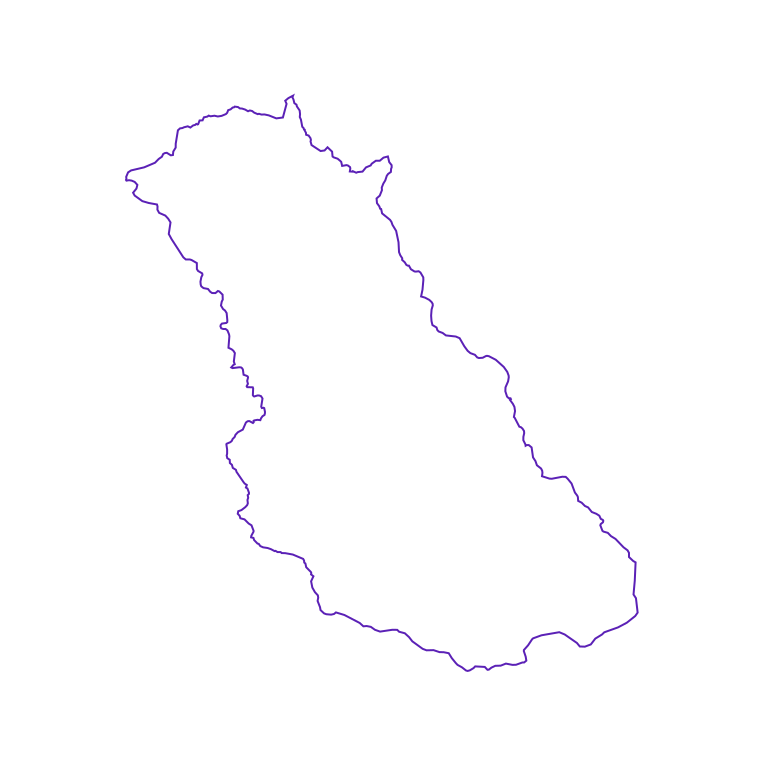 Timaná, Huila, Colombia, rotated 281°
{"feature_id": "7082276B8755035279913", "entity_name": "Timaná", "entity_type": "district", "adm_level": 2, "iso_a3": "COL", "parent_name": "Colombia", "parent_adm1": "Huila", "projection": "orthographic", "projection_center": [-75.889, 1.95], "detail": "fine", "context": "isolated", "style": "outline", "palette": "violet", "viewbox_px": 768, "rotation_deg": 281, "n_neighbors": 0, "source": "geoboundaries", "source_scale": "gbopen_adm2", "svg_char_len": 6158}
<svg xmlns="http://www.w3.org/2000/svg" viewBox="0 0 768 768"><g transform="rotate(281 384 384)"><path d="M256.9,665.0L257.8,662.4L260.9,657.5L265.0,656.7L267.2,654.8L269.4,650.3L276.1,640.8L278.0,635.8L280.6,632.1L281.0,627.6L281.6,626.4L286.6,623.3L287.9,623.5L290.0,625.3L291.5,625.4L292.3,624.8L293.0,622.5L295.8,620.5L297.1,617.2L298.0,612.4L301.8,607.9L302.6,604.5L305.2,600.7L306.3,596.9L310.0,595.9L311.3,595.0L313.9,592.1L322.1,587.1L326.1,582.3L327.5,580.1L327.0,576.8L323.0,566.8L322.7,564.5L323.6,556.7L327.0,556.5L329.1,555.8L331.0,554.3L333.4,549.6L337.2,547.4L340.4,544.3L349.9,541.0L351.7,537.7L351.3,535.8L350.4,534.8L351.6,534.4L355.4,531.5L358.7,530.9L362.5,531.0L364.6,530.4L366.6,528.5L367.7,526.7L367.9,525.0L375.7,518.8L376.4,517.8L382.4,517.8L386.4,516.4L389.1,514.3L392.4,510.7L393.3,511.5L394.1,510.9L393.9,509.1L395.1,507.2L400.0,504.5L403.9,503.9L410.2,505.3L414.4,505.2L416.1,504.7L419.4,502.7L423.6,498.3L429.1,489.1L431.3,481.7L431.3,479.7L430.8,478.6L428.6,475.9L427.6,472.2L427.9,470.4L430.0,467.7L430.8,462.9L432.5,459.8L436.4,455.6L443.4,449.5L444.3,445.4L443.5,435.5L445.3,431.8L446.0,427.6L447.2,426.0L449.5,424.8L451.1,420.3L454.9,418.6L460.1,417.2L466.2,416.5L470.4,416.9L472.1,416.4L473.5,415.1L475.2,412.4L476.6,407.8L477.0,403.7L483.9,403.8L493.6,402.8L496.2,402.2L500.4,398.5L501.3,396.5L500.4,393.8L500.3,392.4L501.8,388.5L504.9,385.9L504.7,384.8L505.2,383.2L507.4,381.2L509.3,378.1L510.9,377.9L513.5,375.4L516.3,373.6L525.9,371.2L536.6,366.7L541.9,361.9L544.5,360.4L546.3,358.6L551.1,349.6L555.2,347.8L555.3,346.8L557.5,345.5L560.2,342.6L564.7,341.3L568.1,343.9L573.9,345.0L576.4,344.3L580.6,345.1L584.1,346.4L588.9,347.0L590.9,347.9L593.5,350.3L596.5,349.9L598.2,350.2L600.3,349.7L602.8,346.8L608.1,344.4L606.1,340.3L602.4,337.3L601.6,333.4L597.9,329.9L596.0,329.2L593.2,325.0L588.4,322.4L587.0,317.8L586.1,316.4L586.9,313.0L586.5,313.0L586.1,309.9L589.2,309.8L590.4,309.3L591.6,306.9L591.7,305.4L590.1,301.3L593.9,299.6L594.8,298.2L596.3,295.5L596.9,291.3L597.5,290.1L602.2,288.7L605.6,283.4L601.9,281.1L600.6,277.3L604.7,267.3L608.1,265.6L609.6,265.7L611.3,264.9L613.5,262.6L613.8,260.0L615.6,259.5L618.0,257.6L618.5,257.6L618.6,256.9L619.9,256.2L620.9,254.7L627.7,252.0L630.0,250.4L632.9,250.1L636.4,249.0L639.9,245.5L641.5,244.8L642.6,242.4L646.1,240.8L647.9,239.4L649.7,239.7L646.4,235.6L643.2,233.0L640.4,234.9L626.3,233.9L624.2,227.6L625.7,219.7L625.8,215.3L625.1,212.3L625.4,209.7L624.8,208.6L625.6,204.8L626.8,202.5L626.9,200.1L625.8,198.5L626.9,195.3L627.3,192.0L627.0,190.0L628.0,187.8L627.8,184.5L627.0,184.0L626.5,182.7L624.3,181.0L623.1,178.8L620.3,178.3L618.8,177.3L616.2,173.4L614.9,169.8L615.0,166.4L613.7,162.7L614.0,160.7L612.8,159.6L611.4,156.3L608.2,155.6L607.5,152.7L603.6,152.0L603.2,151.5L603.5,150.1L602.3,149.2L601.4,147.3L598.8,145.0L599.5,142.2L597.8,138.6L596.8,137.3L596.0,135.0L593.7,133.3L580.1,133.7L576.3,134.4L572.0,132.8L568.5,133.1L567.8,131.1L569.5,126.7L568.9,124.9L567.7,123.4L564.7,122.6L561.9,119.9L557.5,117.0L550.9,107.2L545.4,95.0L542.9,92.4L538.1,91.4L536.3,92.0L535.1,91.8L534.5,92.4L535.4,94.8L535.5,97.5L534.8,100.7L532.4,103.9L528.6,103.7L523.9,101.2L521.4,103.3L517.4,111.9L516.8,118.5L516.9,126.9L515.1,127.8L511.9,128.3L509.1,130.6L507.6,137.2L505.1,140.6L501.9,143.6L490.2,144.1L485.7,147.8L470.1,162.8L468.4,165.7L469.2,169.6L469.0,171.4L467.0,177.2L461.1,178.4L459.5,179.9L457.9,184.4L456.5,185.0L454.0,184.3L449.4,184.3L446.6,185.1L445.0,186.0L443.7,188.5L443.7,193.1L441.4,195.8L440.5,197.9L441.1,201.2L443.6,203.2L443.4,204.7L440.9,208.5L436.1,209.6L433.9,209.0L429.9,209.0L426.9,211.7L425.8,213.9L423.6,216.0L416.5,218.1L414.8,218.3L413.8,217.5L412.4,213.4L410.9,212.5L409.5,212.4L407.6,213.6L407.3,215.7L407.8,218.0L406.7,220.1L403.2,222.4L401.4,223.1L389.9,224.4L389.0,227.8L387.9,229.8L385.9,231.7L377.4,232.3L374.9,233.7L374.1,232.6L371.1,230.9L370.7,232.3L372.8,238.7L373.0,240.5L372.4,241.7L371.3,242.7L366.3,244.4L365.8,247.7L365.3,248.9L364.4,249.3L360.9,249.1L358.2,250.4L355.6,249.6L354.8,250.3L355.7,255.8L354.7,256.4L348.0,257.4L347.1,258.4L347.0,259.0L348.6,262.0L348.9,263.5L348.6,265.6L346.6,267.5L338.3,267.8L337.1,268.7L337.7,270.3L337.5,271.0L333.9,272.5L332.4,272.7L330.8,272.6L329.2,270.9L326.8,269.8L324.9,269.5L324.7,266.6L323.5,263.6L323.0,263.0L321.6,263.4L320.7,262.8L321.9,259.0L321.6,257.6L320.9,256.7L319.8,255.8L312.3,254.1L308.8,249.8L305.8,247.9L303.5,247.5L301.1,245.9L299.2,245.5L297.6,244.3L295.3,240.9L294.6,240.8L289.8,242.5L285.7,243.3L283.8,243.2L281.3,244.3L280.2,247.0L277.0,247.8L275.7,250.1L272.8,251.6L271.5,255.0L269.6,256.0L260.9,264.8L259.7,266.2L258.7,268.6L256.0,268.2L255.4,269.9L251.5,272.2L250.4,272.4L248.9,271.4L246.4,272.4L244.1,272.1L240.9,273.1L239.0,272.8L236.6,271.3L233.0,268.1L231.3,265.2L228.7,265.2L227.1,267.4L224.8,268.6L224.5,272.9L221.2,277.8L220.0,280.9L215.0,284.0L214.1,284.1L209.6,282.7L208.1,282.8L208.0,285.2L206.0,286.3L203.2,290.3L203.2,291.5L201.3,293.5L200.6,296.5L200.8,301.0L200.3,304.5L199.1,308.5L199.5,309.4L198.7,311.5L199.3,314.6L198.5,315.8L199.1,319.1L199.2,327.0L196.9,338.0L195.5,339.2L193.5,339.8L192.8,341.1L189.3,342.6L185.5,348.1L184.6,348.7L183.2,348.7L181.8,351.4L176.4,350.1L170.5,352.5L166.5,355.9L163.9,359.4L161.7,360.2L158.4,360.2L152.7,363.8L150.0,364.8L147.4,368.9L147.0,371.3L147.5,376.1L148.7,378.8L150.6,380.4L149.7,389.2L144.8,405.7L142.2,410.0L143.1,413.1L143.1,417.4L141.0,422.0L140.2,427.4L144.3,439.0L145.2,443.9L143.7,446.1L143.3,452.0L140.3,456.9L136.8,460.9L131.4,472.5L130.7,476.6L132.2,483.4L131.4,489.7L132.1,493.7L132.1,498.9L127.8,502.9L123.7,507.8L122.3,509.8L120.8,514.5L118.4,519.2L118.3,520.9L119.3,522.9L122.2,526.1L124.2,527.4L125.5,536.9L123.2,540.1L123.6,541.4L126.1,543.6L128.6,547.0L129.8,552.3L132.8,557.0L132.8,563.7L133.6,567.2L137.0,572.9L137.4,574.7L139.6,576.5L143.4,575.1L148.5,572.2L149.6,572.1L155.0,575.3L161.7,578.1L162.8,578.9L167.4,586.6L173.8,603.4L172.6,609.2L170.3,614.4L166.6,622.8L163.7,626.3L164.5,631.3L167.8,636.7L174.4,640.0L179.7,645.8L182.3,647.6L189.7,660.1L196.0,667.9L204.2,674.9L208.0,676.6L221.8,672.2L225.0,669.1L238.7,667.7L256.9,665.0Z" fill="none" stroke="#5b21b6" stroke-width="2"/></g></svg>